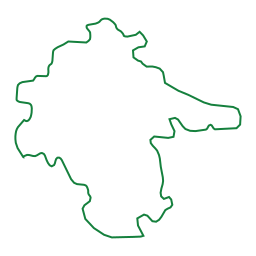 outline of Vukovarsko-Srijemska
{"feature_id": "HRV-1605", "entity_name": "Vukovarsko-Srijemska", "entity_type": "County", "adm_level": 1, "iso_a3": "HRV", "parent_name": "Croatia", "parent_adm1": "", "projection": "orthographic", "projection_center": [18.849, 45.171], "detail": "fine", "context": "isolated", "style": "outline", "palette": "green", "viewbox_px": 256, "rotation_deg": 0, "n_neighbors": 0, "source": "natural_earth", "source_scale": "10m", "svg_char_len": 2594}
<svg xmlns="http://www.w3.org/2000/svg" viewBox="0 0 256 256"><path d="M51.7,166.3L49.7,165.3L48.0,163.0L46.6,160.1L44.9,155.5L43.8,153.9L41.9,153.0L40.3,153.3L36.8,155.4L35.1,156.1L33.1,156.0L29.1,155.0L27.1,154.9L23.4,156.4L23.4,157.1L23.2,157.0L17.6,148.1L15.8,142.8L15.4,139.1L15.4,136.2L15.7,133.4L16.1,131.2L16.8,129.2L17.9,127.2L24.1,120.0L25.9,121.0L26.9,121.1L28.3,120.5L29.4,119.3L30.7,116.9L31.2,114.9L31.6,112.7L31.8,108.3L31.5,106.2L30.9,104.8L29.7,103.7L28.2,103.2L19.9,102.0L18.5,101.5L17.4,100.8L16.8,100.2L16.6,99.7L16.6,98.2L17.3,88.1L17.5,86.8L18.0,85.0L19.7,83.3L22.4,82.1L33.1,80.6L34.2,79.1L34.9,77.8L36.0,76.5L37.3,75.9L46.2,76.2L47.2,75.8L47.9,74.9L48.4,72.7L48.4,70.9L48.3,69.2L48.4,67.8L48.7,66.6L49.1,65.8L49.7,65.0L51.4,63.8L52.0,62.6L52.4,60.9L53.0,52.6L53.2,51.3L53.6,50.2L55.2,48.8L57.7,47.2L63.5,44.5L68.3,41.5L86.3,42.5L88.5,40.9L90.0,39.2L90.3,37.2L90.3,35.1L90.1,32.5L89.7,31.7L89.2,31.0L87.3,28.7L86.7,27.7L86.6,26.9L86.6,26.0L87.2,25.3L88.6,24.8L95.6,23.6L97.9,22.7L99.4,21.8L100.8,20.2L101.8,19.4L103.1,18.9L104.7,18.6L107.7,18.8L109.9,19.7L113.2,22.2L114.6,23.7L115.5,24.8L115.8,25.6L116.2,27.3L116.6,28.1L117.2,28.9L117.9,29.6L120.8,31.3L121.5,32.0L122.8,33.5L123.2,34.2L123.6,35.0L123.8,35.8L125.1,36.4L127.4,36.6L135.8,34.8L139.6,31.8L143.1,35.4L146.8,41.5L144.7,46.4L138.4,47.3L133.0,50.4L133.5,57.4L138.0,60.6L141.0,61.5L142.6,63.7L146.6,66.6L152.3,66.5L155.8,67.2L159.7,68.6L163.0,72.2L163.7,75.5L165.0,82.9L178.5,90.8L188.2,94.8L203.8,102.4L211.2,104.7L233.2,107.0L238.0,109.2L240.6,116.3L240.1,124.6L237.3,127.4L236.5,128.2L215.0,129.3L213.7,128.5L211.7,125.4L210.6,124.8L208.8,125.6L207.9,127.2L207.1,128.7L205.9,129.6L195.5,131.1L190.1,130.8L185.4,129.0L182.7,126.2L178.0,119.5L175.0,117.9L169.5,119.2L171.3,124.4L174.5,131.1L173.5,136.8L168.2,137.9L154.2,136.5L150.4,139.9L150.8,143.1L152.8,145.8L155.2,148.3L157.1,150.6L159.0,155.0L159.8,158.4L160.8,166.9L162.8,177.3L163.1,181.0L162.6,184.3L161.4,188.5L160.6,192.8L161.2,196.4L163.9,198.9L169.0,197.0L171.2,199.5L172.3,204.8L170.5,207.4L167.6,208.7L165.3,210.1L161.4,216.8L159.1,219.8L156.1,221.7L152.4,221.2L147.4,215.7L144.0,214.6L137.3,218.4L138.0,225.5L143.4,235.8L140.7,236.6L133.2,236.9L111.8,237.4L104.1,234.8L100.0,232.1L93.9,228.1L85.3,218.9L82.6,208.7L84.4,205.3L89.8,201.2L90.6,197.7L90.2,196.4L88.9,194.7L88.4,193.7L88.2,192.7L88.2,190.8L88.1,190.0L87.4,187.9L86.7,186.4L85.7,185.4L84.0,184.8L77.0,184.1L74.1,182.8L71.1,179.2L61.8,160.1L60.6,158.5L59.1,157.6L57.4,157.7L56.1,159.1L55.4,161.2L54.9,163.3L54.1,165.0L51.7,166.3Z" fill="none" stroke="#15803d" stroke-width="2"/></svg>